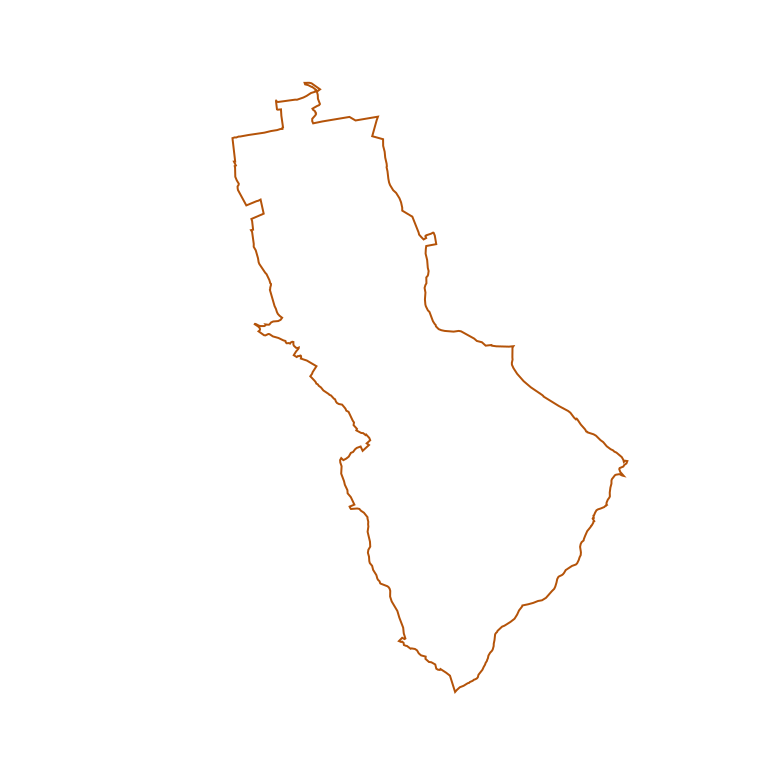 outline of Basesti, Maramures, Romania, rotated 212°
{"feature_id": "2599482B19059750239564", "entity_name": "Basesti", "entity_type": "district", "adm_level": 2, "iso_a3": "ROU", "parent_name": "Romania", "parent_adm1": "Maramures", "projection": "orthographic", "projection_center": [23.105, 47.497], "detail": "fine", "context": "isolated", "style": "outline", "palette": "amber", "viewbox_px": 768, "rotation_deg": 212, "n_neighbors": 0, "source": "geoboundaries", "source_scale": "gbopen_adm2", "svg_char_len": 6166}
<svg xmlns="http://www.w3.org/2000/svg" viewBox="0 0 768 768"><g transform="rotate(212 384 384)"><path d="M554.8,592.2L575.4,574.0L582.2,567.5L584.2,568.9L585.4,570.9L584.6,575.5L584.7,577.0L585.7,577.6L585.6,577.9L587.3,578.8L589.6,579.0L590.6,579.6L588.2,584.1L586.8,586.1L586.7,587.5L591.2,590.9L593.4,594.1L596.0,596.5L595.6,596.9L594.4,600.0L604.8,600.6L606.9,599.9L610.9,597.3L609.7,596.3L606.6,597.3L602.8,597.6L602.5,597.9L597.2,597.4L597.1,597.2L597.5,596.0L596.9,595.8L600.1,592.1L602.3,587.3L604.2,584.2L608.4,579.0L610.1,578.0L623.2,567.1L624.0,566.7L625.6,567.1L625.6,566.8L620.3,560.2L619.5,560.3L616.9,562.3L613.2,557.1L605.6,548.1L606.0,547.6L605.3,546.5L607.1,545.2L609.2,542.7L613.8,538.7L618.7,533.7L630.7,523.5L637.3,517.5L638.4,516.8L640.0,514.7L641.3,514.0L642.8,512.2L628.1,493.8L629.1,493.1L625.4,490.8L626.1,489.7L624.9,488.5L619.9,480.9L616.8,478.7L613.3,476.9L612.8,475.8L612.9,474.0L611.8,472.4L610.6,471.1L595.4,462.5L588.9,471.6L587.8,472.7L586.4,475.0L576.3,464.7L583.9,453.7L582.2,452.3L576.8,445.5L578.3,444.0L576.6,443.2L575.8,442.3L568.7,433.8L567.2,431.3L563.6,429.4L557.5,423.9L554.8,420.8L553.3,419.7L543.7,415.4L541.8,414.9L536.3,411.4L533.7,409.1L532.9,409.0L532.3,408.0L531.6,405.6L530.7,403.9L530.7,403.4L518.1,392.1L515.4,390.4L513.1,388.4L511.2,387.2L508.7,386.5L505.5,386.2L505.7,383.6L507.1,381.3L511.1,378.3L512.4,376.3L512.7,373.7L513.6,372.9L515.9,371.8L515.6,371.7L515.6,370.9L516.2,369.7L519.3,367.8L520.8,367.2L524.7,366.9L525.3,366.6L525.3,366.2L521.1,366.1L518.9,365.5L518.0,364.5L517.9,363.4L518.3,362.2L511.6,361.8L510.3,362.4L508.6,365.1L507.5,365.6L503.4,365.5L497.9,367.1L492.3,367.7L490.7,368.2L490.2,368.2L489.3,367.2L488.0,367.0L486.7,368.1L485.1,368.5L485.2,369.5L484.2,371.2L483.1,371.6L481.8,369.5L480.7,368.7L477.8,368.1L476.3,368.7L475.6,369.7L475.3,369.1L475.3,368.2L475.8,365.0L475.8,360.6L472.3,360.6L471.7,362.2L470.8,362.5L470.1,363.8L469.5,363.9L468.4,362.8L468.0,361.5L461.9,363.0L450.7,363.3L450.8,356.2L450.4,354.6L450.6,351.5L444.7,350.0L442.7,349.3L441.7,348.5L439.9,348.6L438.4,347.9L435.7,347.7L432.0,346.4L425.6,346.2L424.5,345.9L422.9,346.2L418.6,345.0L417.4,345.1L415.4,343.6L413.8,343.0L411.7,343.1L408.6,344.3L403.7,342.7L401.8,341.4L399.3,341.6L391.0,336.3L389.1,335.5L388.0,333.0L383.1,331.6L382.9,330.0L377.4,330.4L375.6,331.3L372.6,330.9L372.4,331.7L368.0,330.5L365.9,329.0L367.2,324.5L364.4,324.3L366.7,316.0L370.7,318.6L373.2,315.4L373.9,313.4L374.2,310.0L375.6,308.0L375.4,303.7L376.5,300.7L378.1,297.9L381.0,298.5L380.9,296.2L379.5,294.3L376.4,291.8L372.8,285.3L366.4,280.4L363.8,277.8L358.8,274.6L356.9,272.0L352.2,270.5L345.2,266.0L348.2,261.8L347.2,261.1L345.8,260.5L340.8,264.2L338.7,265.0L336.4,264.3L332.8,264.2L327.4,262.3L326.9,261.4L324.3,258.8L323.2,256.7L321.7,254.8L319.6,250.0L312.3,242.8L309.5,238.8L309.4,235.1L308.2,232.3L305.2,229.6L302.6,226.0L301.1,224.6L297.7,223.5L294.7,220.6L289.2,217.9L286.6,215.5L285.4,214.8L283.2,214.3L281.8,213.1L281.2,212.9L273.9,214.3L272.3,214.1L270.8,213.4L269.1,211.9L266.2,207.0L262.3,203.7L252.4,198.6L247.2,194.0L238.6,187.5L235.1,183.0L231.0,179.5L231.4,178.6L234.1,178.4L235.1,173.9L232.7,174.3L232.2,175.1L230.3,174.9L228.8,173.2L226.6,173.6L225.8,174.0L221.1,173.6L220.5,174.4L217.3,175.7L214.8,175.6L211.8,174.0L208.8,173.5L204.2,174.9L203.2,172.9L198.6,172.1L196.4,173.1L191.9,173.3L188.8,170.3L186.9,170.3L185.1,171.1L185.1,172.2L178.3,172.1L173.5,171.6L160.5,160.5L160.1,163.1L159.0,167.0L156.6,170.2L154.5,174.5L153.4,175.8L153.3,176.7L151.5,179.3L151.1,180.8L150.5,181.4L149.3,183.3L149.0,184.9L149.8,187.5L149.1,193.8L149.5,196.8L149.6,199.7L150.0,201.0L150.0,203.9L150.4,205.0L150.5,206.3L151.5,209.0L151.6,212.4L151.1,214.7L151.1,216.4L152.1,219.8L153.3,221.9L154.6,225.4L157.1,230.6L157.1,232.1L156.7,233.7L156.9,234.8L155.3,240.8L153.8,242.8L150.7,249.2L148.9,254.1L148.9,259.1L149.5,263.5L149.0,268.5L149.3,269.5L145.0,273.6L141.4,277.5L138.4,281.6L135.4,284.3L133.3,288.5L131.9,297.1L131.1,300.5L131.4,303.0L132.5,307.0L133.7,310.3L133.9,312.6L133.6,313.6L131.9,316.2L131.4,317.5L131.2,319.3L131.3,322.5L128.2,329.3L125.6,332.6L125.2,334.3L125.6,338.0L126.3,340.7L126.5,343.1L127.8,345.6L131.4,349.8L132.4,352.5L132.6,354.6L131.8,357.1L132.3,358.3L133.0,362.0L133.7,366.9L133.1,371.8L133.0,373.2L133.2,373.6L132.9,374.1L133.0,377.1L133.4,378.1L133.0,379.1L135.7,380.4L135.8,381.6L135.3,381.8L136.6,383.4L136.3,383.9L136.8,386.7L136.9,389.5L136.1,391.1L134.3,393.2L132.0,396.4L131.7,397.8L131.2,398.4L131.4,398.9L130.9,399.6L131.7,400.0L132.4,401.4L132.9,404.5L132.7,407.1L132.9,408.4L135.0,411.5L137.1,416.1L138.3,420.0L139.9,422.6L140.3,424.0L139.8,429.0L139.2,430.0L136.6,432.3L133.5,432.6L132.0,433.1L137.0,434.6L139.4,436.5L139.6,437.6L137.3,440.8L137.3,442.8L136.3,445.1L136.8,447.6L138.9,446.7L139.3,445.0L140.7,446.4L143.6,448.0L150.6,449.0L152.8,448.7L154.7,449.1L157.2,448.8L162.1,449.2L167.3,450.9L170.6,451.1L176.8,452.5L179.6,452.4L185.9,450.8L186.3,451.2L187.4,450.9L189.2,452.0L195.6,453.9L201.4,456.5L202.2,456.7L202.5,455.7L205.0,456.2L210.7,458.4L213.5,458.7L223.8,458.0L242.1,457.9L242.6,458.3L244.3,458.5L257.7,459.0L267.1,460.4L276.5,463.2L282.5,466.0L285.7,468.1L286.8,469.7L287.9,472.8L289.3,474.7L294.3,482.9L294.3,484.6L297.8,481.9L308.7,475.5L312.7,473.7L313.7,473.5L313.8,473.8L318.1,470.4L323.1,471.3L328.1,469.7L331.6,470.3L346.6,469.5L348.8,468.6L352.7,465.3L360.6,461.2L363.9,460.0L366.7,459.5L370.5,460.4L371.4,461.4L372.9,461.8L375.8,463.2L383.6,469.2L385.8,469.7L389.7,472.1L391.1,473.4L394.1,477.4L397.3,483.5L400.5,487.0L401.3,489.8L401.4,491.9L404.6,496.8L404.3,498.8L404.5,500.0L406.0,503.4L408.4,505.7L413.1,512.0L417.8,516.6L420.1,520.7L421.3,523.4L413.8,530.3L419.6,536.8L422.0,538.5L422.6,538.4L423.8,536.3L426.4,533.2L426.9,532.0L427.1,532.1L427.3,531.5L427.0,531.0L425.6,530.1L427.0,527.6L430.0,528.3L433.4,529.3L434.9,530.8L448.6,540.9L460.4,540.7L462.0,543.2L465.8,547.1L469.3,549.7L475.0,552.5L478.9,553.2L484.3,555.9L486.5,557.6L489.1,560.4L493.8,566.3L496.8,569.3L496.9,570.1L498.5,572.2L503.0,576.7L506.5,581.3L510.9,585.5L514.5,591.1L525.3,587.9L530.0,603.8L530.8,607.5L547.8,592.4L554.8,592.2Z" fill="none" stroke="#b45309" stroke-width="2"/></g></svg>